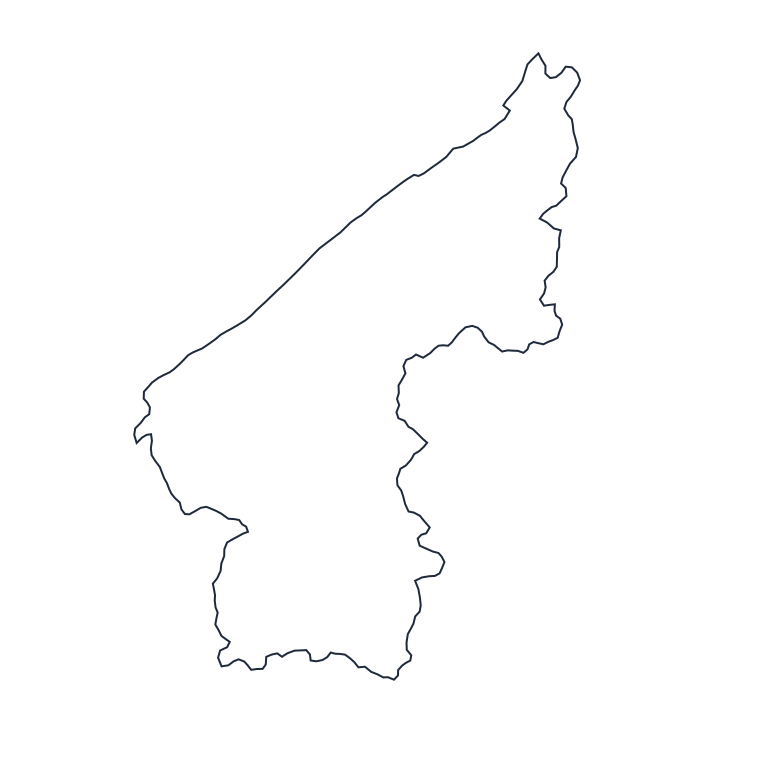 the district of Além Paraíba, Minas Gerais, Brazil, rotated 168°
{"feature_id": "56859067B92322164563840", "entity_name": "Além Paraíba", "entity_type": "district", "adm_level": 2, "iso_a3": "BRA", "parent_name": "Brazil", "parent_adm1": "Minas Gerais", "projection": "natural_earth1", "projection_center": [-42.758, -21.827], "detail": "fine", "context": "isolated", "style": "outline", "palette": "slate", "viewbox_px": 768, "rotation_deg": 168, "n_neighbors": 0, "source": "geoboundaries", "source_scale": "gbopen_adm2", "svg_char_len": 4014}
<svg xmlns="http://www.w3.org/2000/svg" viewBox="0 0 768 768"><g transform="rotate(168 384 384)"><path d="M599.7,157.4L603.2,150.8L601.6,141.6L594.7,141.2L588.5,144.1L583.4,144.9L578.3,141.5L575.7,136.9L573.3,132.0L568.0,131.7L562.0,130.6L558.0,134.2L555.9,141.6L550.1,142.7L544.4,142.7L540.5,138.4L534.5,140.7L526.9,141.8L520.6,140.7L515.3,139.8L512.7,134.8L513.2,128.8L507.8,126.8L501.6,126.8L496.4,128.6L491.9,132.4L487.8,130.3L483.4,129.2L478.4,127.4L474.6,123.2L470.9,118.2L467.9,112.2L461.4,111.4L456.4,105.1L450.5,101.2L445.8,97.2L441.2,96.4L435.7,92.7L431.0,95.9L429.6,101.3L424.9,104.7L420.8,106.6L415.8,108.0L413.7,113.0L417.0,119.3L415.7,126.5L412.7,134.4L408.0,139.8L405.0,143.5L401.8,150.2L396.5,153.9L394.1,159.8L393.3,167.1L393.0,176.1L394.5,185.1L387.0,186.9L379.9,186.6L374.1,185.7L369.0,187.2L365.2,192.3L361.9,197.3L363.5,203.2L365.9,207.4L371.1,210.0L376.1,213.6L382.7,218.4L383.2,225.8L378.8,228.8L373.7,229.2L369.1,234.2L373.2,241.6L376.3,247.7L381.5,252.0L386.5,254.2L388.3,262.4L388.6,270.2L389.3,276.3L391.9,282.1L391.0,288.9L388.2,293.1L385.6,297.7L379.6,299.7L373.2,304.4L369.0,309.2L363.2,311.2L358.1,314.3L354.0,317.6L357.5,322.2L361.3,328.1L365.2,333.9L369.0,337.1L371.4,343.6L377.0,347.5L377.7,353.7L373.5,360.2L374.4,366.6L371.4,372.0L370.1,379.6L365.8,384.2L360.8,390.0L361.3,397.4L357.2,403.0L351.3,403.9L346.6,406.2L340.3,401.6L332.4,404.6L327.1,408.1L322.7,410.1L318.2,409.6L313.3,408.1L309.0,410.6L304.6,414.5L299.9,418.2L292.5,422.5L285.6,422.5L280.7,419.6L277.3,414.8L276.1,409.5L273.0,403.0L268.3,399.4L265.3,395.6L261.7,391.2L256.0,391.2L251.0,389.8L246.2,388.6L241.1,385.5L236.4,388.1L233.7,392.6L229.0,394.0L224.5,391.8L219.8,389.7L214.5,391.1L209.6,391.8L204.5,393.1L201.5,398.8L197.4,405.0L198.0,411.2L201.5,415.1L202.0,420.2L200.3,426.4L205.7,427.0L211.2,427.3L213.9,434.3L208.6,439.3L205.8,444.9L205.4,451.7L200.6,455.7L195.0,458.5L190.6,462.8L188.8,470.3L187.3,476.9L184.1,481.6L182.4,490.1L179.1,497.6L185.5,500.8L190.9,508.1L197.3,513.4L192.9,517.4L188.1,519.9L183.3,522.2L178.4,522.6L173.1,525.9L166.5,529.8L165.5,537.9L169.1,543.3L166.3,549.0L161.3,555.0L156.3,560.8L149.0,566.2L145.4,574.4L145.7,583.9L146.2,591.0L145.5,598.0L145.2,603.9L147.9,608.4L150.4,615.8L146.9,621.9L141.5,626.2L136.2,631.8L132.3,635.5L129.1,640.3L130.3,648.4L134.4,654.7L140.3,656.6L145.7,651.6L152.1,648.4L157.8,648.7L161.6,654.1L159.9,661.7L162.5,668.8L164.2,675.3L170.7,671.3L177.2,666.8L180.3,661.4L185.7,651.6L192.8,644.8L201.1,638.8L205.6,635.5L209.4,631.6L204.1,625.3L211.0,618.1L217.0,615.6L221.2,613.3L228.1,609.9L232.5,608.4L236.9,607.5L241.4,605.6L246.3,603.2L250.6,601.9L257.2,599.8L262.4,599.8L267.4,599.8L275.7,593.3L284.2,589.2L293.2,585.4L301.3,581.7L306.9,580.3L311.2,582.3L318.2,579.8L322.6,578.0L329.4,574.9L342.2,568.8L346.5,567.2L354.9,563.1L362.1,558.8L366.3,556.3L371.1,553.7L376.7,551.8L383.2,548.9L395.0,541.4L418.9,530.1L430.5,522.4L437.0,517.9L448.3,510.4L462.1,501.7L467.5,498.5L476.6,492.9L482.4,489.2L486.7,486.7L493.5,482.7L499.4,478.7L506.3,475.1L516.5,471.5L522.7,469.5L526.9,468.3L533.6,466.1L539.7,462.8L547.5,459.4L554.4,456.6L564.5,454.6L569.6,452.9L577.9,447.2L586.3,442.2L591.3,440.0L597.9,438.5L603.6,436.8L610.5,433.7L615.0,430.3L620.4,426.4L622.1,419.6L619.5,415.2L617.8,409.8L619.9,403.3L624.9,401.1L630.1,396.5L636.6,392.3L638.9,386.1L638.2,377.7L631.8,381.9L626.9,383.6L622.3,383.3L622.8,376.7L625.4,369.7L626.1,362.7L623.7,356.2L620.5,349.4L619.5,342.9L618.6,337.3L616.9,332.1L616.0,326.0L614.8,321.0L612.1,315.7L608.4,310.5L608.2,303.5L605.8,298.2L601.5,297.0L594.9,299.0L589.0,301.0L583.3,300.8L579.3,298.1L575.0,295.1L570.2,291.1L564.3,284.6L558.0,282.8L553.9,281.0L552.0,276.3L548.5,273.1L547.8,267.7L553.3,266.9L557.7,265.5L563.4,263.9L570.5,261.6L574.5,255.6L576.1,248.9L580.5,242.1L582.6,235.3L587.6,228.6L592.9,224.3L593.0,218.1L593.2,212.5L594.6,207.4L595.2,200.4L594.2,195.0L596.6,189.7L599.0,183.8L597.0,177.8L595.4,171.4L592.1,167.7L588.5,163.8L592.1,159.2L599.7,157.4Z" fill="none" stroke="#1e293b" stroke-width="2"/></g></svg>